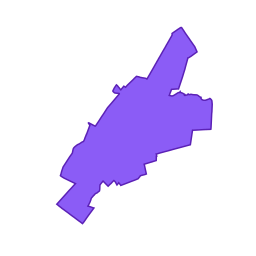 the district of Dascalu, Ilfov, Romania, rotated 324°
{"feature_id": "2599482B8642066651605", "entity_name": "Dascalu", "entity_type": "district", "adm_level": 2, "iso_a3": "ROU", "parent_name": "Romania", "parent_adm1": "Ilfov", "projection": "natural_earth1", "projection_center": [26.247, 44.602], "detail": "fine", "context": "isolated", "style": "filled", "palette": "violet", "viewbox_px": 256, "rotation_deg": 324, "n_neighbors": 0, "source": "geoboundaries", "source_scale": "gbopen_adm2", "svg_char_len": 5534}
<svg xmlns="http://www.w3.org/2000/svg" viewBox="0 0 256 256"><g transform="rotate(324 128 128)"><path d="M219.2,77.4L218.9,78.0L218.6,78.3L218.3,78.6L218.0,78.9L217.6,79.1L217.4,79.2L217.1,79.3L216.6,79.6L216.1,79.8L215.7,79.9L215.2,80.2L214.6,80.5L214.0,80.7L213.2,81.1L212.9,81.2L212.5,81.4L212.0,81.7L210.9,82.1L210.3,82.4L209.5,82.8L208.7,83.1L208.2,83.3L207.8,83.5L207.2,83.8L206.5,84.1L205.9,84.4L205.5,84.6L205.1,84.8L204.3,85.1L204.0,85.2L203.7,85.4L203.0,85.7L202.7,85.8L202.4,86.0L202.0,86.1L201.6,86.3L201.1,86.5L200.3,86.9L200.0,87.0L199.6,87.2L199.2,87.4L198.2,87.8L197.9,88.0L197.4,88.2L197.0,88.4L196.3,88.7L195.7,89.0L195.4,89.1L194.9,89.3L193.5,89.9L191.9,90.7L191.1,91.0L189.8,91.6L188.8,92.1L187.8,92.5L186.3,93.2L185.0,93.8L184.1,94.2L182.8,94.8L181.2,95.5L179.6,96.2L178.5,96.7L177.2,97.3L174.9,98.3L173.6,98.9L172.9,99.2L172.3,99.5L172.2,99.5L172.2,99.3L171.7,98.5L171.5,98.3L171.4,98.1L170.9,97.5L170.4,97.1L169.5,96.1L169.2,95.9L168.5,95.1L168.3,94.8L167.8,94.4L167.6,94.1L167.1,93.5L167.0,93.1L166.9,92.9L166.7,92.8L166.6,92.7L166.4,92.6L165.4,91.3L165.0,91.2L164.4,91.3L164.2,91.4L163.6,91.4L163.3,91.5L162.5,91.5L161.3,91.8L159.9,92.0L159.1,92.1L156.9,92.4L155.5,92.6L154.0,92.8L152.6,93.0L151.2,93.3L150.0,93.6L149.2,91.7L144.6,92.9L144.5,92.2L144.5,90.8L144.4,89.7L144.3,87.4L144.1,86.7L144.0,86.3L143.3,86.5L142.5,86.8L141.4,87.2L140.6,87.5L139.6,88.0L138.7,88.5L138.0,88.8L137.6,89.1L137.4,89.3L137.4,89.5L137.4,89.9L137.5,90.5L137.6,91.1L137.9,91.9L138.3,92.3L139.5,93.4L139.9,93.7L140.6,94.3L141.1,94.9L141.2,95.0L141.0,95.3L140.4,95.4L138.7,95.9L137.3,96.2L133.7,97.1L131.7,97.6L124.0,99.4L123.5,99.5L120.6,100.6L117.3,101.9L116.2,102.3L115.5,102.6L114.7,102.8L114.3,103.0L113.4,103.3L109.0,105.0L108.3,105.3L103.9,106.9L103.1,107.2L102.5,107.2L99.4,100.9L99.3,100.7L98.9,100.7L98.8,101.6L98.8,102.9L98.7,103.2L98.7,103.4L97.4,104.3L93.2,107.1L91.7,108.1L91.1,108.5L90.7,108.8L90.6,108.7L88.9,109.8L87.7,110.5L86.3,111.5L85.5,112.0L84.6,112.5L83.8,112.7L83.2,112.5L82.9,112.4L81.8,112.3L80.5,112.3L79.2,112.2L78.7,112.1L77.8,111.9L77.0,111.8L76.9,111.8L74.3,111.9L74.2,111.9L73.7,112.0L72.9,112.1L71.9,112.4L71.3,112.8L70.7,113.3L68.3,115.5L67.9,115.7L63.7,117.1L52.6,121.4L48.8,124.1L47.0,125.6L46.6,126.0L46.3,126.1L45.9,126.4L45.4,126.7L45.3,126.8L45.3,127.0L45.8,128.4L46.2,129.5L46.6,130.3L46.7,130.7L52.8,142.1L49.3,142.8L48.0,143.1L43.7,143.9L39.6,144.8L28.4,147.2L25.6,147.8L25.7,148.2L26.0,149.2L26.3,150.5L26.6,151.6L26.9,152.4L27.1,153.3L27.2,153.5L27.2,153.8L27.5,154.8L28.0,156.2L29.1,159.7L29.6,161.1L29.8,161.9L30.2,163.1L30.4,164.0L30.8,165.2L30.9,165.5L31.0,165.7L31.0,165.9L31.7,168.0L32.0,168.8L32.3,170.0L32.5,170.6L32.6,170.9L33.7,174.5L33.8,174.8L34.2,175.9L34.6,177.2L34.6,177.4L34.7,177.7L34.9,178.2L35.0,178.6L37.0,178.1L39.6,177.2L41.5,176.5L45.1,175.3L53.4,172.7L52.2,171.1L51.5,170.0L50.4,168.5L49.7,167.8L49.6,167.6L49.8,167.5L50.2,167.4L50.6,167.2L51.2,166.9L52.2,166.4L52.9,166.0L53.9,165.5L54.9,164.8L55.4,164.5L56.7,163.5L57.1,163.2L57.5,163.1L58.0,163.0L58.5,162.9L59.6,162.6L60.2,162.5L60.9,162.3L61.0,162.4L61.5,162.3L62.1,162.1L62.3,162.1L62.9,162.0L63.5,162.0L63.8,162.1L64.1,162.1L64.6,162.3L65.2,162.3L65.3,162.3L65.5,162.3L66.1,162.2L67.4,162.2L68.0,162.1L69.2,160.9L70.2,159.6L71.3,158.2L71.8,157.6L72.0,157.6L73.0,157.2L76.6,156.3L77.2,160.2L77.2,160.3L77.7,163.4L80.2,163.0L81.5,162.9L82.1,162.8L82.6,162.7L83.4,162.5L84.3,162.4L84.7,162.3L85.7,162.2L86.0,163.6L86.0,164.4L85.6,167.6L86.1,167.5L86.6,167.3L87.3,167.2L88.1,167.0L88.3,166.9L88.5,169.7L88.4,170.2L88.7,170.3L96.1,172.3L97.2,172.6L98.8,173.0L102.7,174.1L106.0,174.9L106.4,175.0L106.9,174.8L107.4,174.7L108.5,174.4L109.0,174.3L109.5,174.1L109.9,174.0L110.0,173.9L110.8,174.2L111.9,174.6L113.1,175.1L113.6,175.3L113.9,175.4L114.3,175.6L115.1,175.8L115.8,176.0L118.2,170.5L119.6,167.4L119.8,166.8L131.7,170.9L132.6,169.8L134.3,167.5L134.7,167.7L135.6,165.7L135.7,165.8L137.5,166.4L138.4,166.7L154.0,172.6L159.7,174.8L168.6,178.2L178.9,167.7L179.1,167.9L182.8,170.3L188.3,173.8L194.0,177.6L194.3,177.7L194.6,177.2L194.9,177.1L199.8,171.0L204.2,165.5L205.4,164.2L210.0,158.4L211.4,156.1L211.5,155.9L211.8,155.4L212.0,154.7L212.0,153.8L211.9,153.5L211.9,153.1L211.8,152.6L211.7,152.4L211.6,152.2L210.8,152.2L209.5,151.8L207.6,151.3L207.5,151.2L207.4,151.2L207.0,151.1L206.8,151.0L205.6,150.1L205.4,149.9L204.9,149.2L204.6,148.7L204.4,147.8L204.5,146.8L204.8,146.2L205.1,146.1L204.5,145.2L204.2,144.3L204.0,143.8L203.9,143.2L203.5,142.3L203.2,141.7L201.8,140.6L200.6,139.6L200.0,139.1L199.6,138.6L198.6,137.6L198.0,137.5L197.3,137.1L196.6,136.4L196.6,136.2L197.2,135.6L196.3,135.9L196.0,136.1L195.8,136.1L195.1,135.9L193.5,135.3L193.2,135.1L192.9,134.8L192.9,134.6L193.7,134.2L193.3,133.3L193.1,133.2L192.8,132.2L191.4,130.0L191.6,129.2L191.3,129.3L191.2,129.6L190.9,129.8L189.4,128.9L186.4,128.7L184.9,128.6L183.4,128.4L182.3,127.9L180.5,125.9L181.0,125.6L181.4,125.3L182.1,124.8L182.2,124.7L182.9,124.3L183.1,124.2L183.5,123.9L184.3,123.4L184.9,123.0L185.7,122.4L185.9,122.3L186.7,122.8L190.9,125.4L191.8,126.1L201.6,119.1L206.1,115.7L208.4,114.0L210.3,112.4L215.7,108.1L216.7,107.3L217.4,106.6L217.5,106.5L217.8,106.7L219.5,106.9L220.3,106.9L220.6,107.0L228.6,107.0L229.8,101.4L229.8,100.0L229.9,94.9L229.9,94.0L230.0,91.8L230.0,91.5L230.0,90.4L230.1,84.8L230.2,83.2L230.3,81.6L230.3,80.4L230.4,78.4L230.3,78.1L230.1,78.0L229.9,77.8L229.7,77.8L229.4,77.7L228.5,77.6L227.3,77.6L226.4,77.5L225.9,77.5L224.2,77.5L220.8,77.4L219.2,77.4Z" fill="#8b5cf6" stroke="#5b21b6" stroke-width="1.5"/></g></svg>